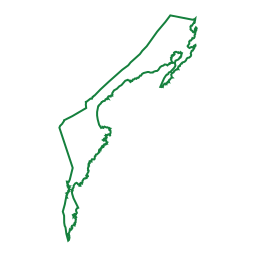 the district of Aurora, Aurora, Philippines
{"feature_id": "2640588B82822310999177", "entity_name": "Aurora", "entity_type": "district", "adm_level": 2, "iso_a3": "PHL", "parent_name": "Philippines", "parent_adm1": "Aurora", "projection": "orthographic", "projection_center": [121.871, 15.753], "detail": "fine", "context": "isolated", "style": "outline", "palette": "green", "viewbox_px": 256, "rotation_deg": 0, "n_neighbors": 0, "source": "geoboundaries", "source_scale": "gbopen_adm2", "svg_char_len": 5698}
<svg xmlns="http://www.w3.org/2000/svg" viewBox="0 0 256 256"><path d="M195.3,18.6L194.8,19.1L192.5,19.7L170.3,15.4L165.4,21.9L157.2,31.6L146.7,46.3L142.3,50.8L139.9,54.1L130.6,62.4L128.3,65.3L122.3,69.7L108.8,81.7L100.4,89.5L94.4,95.7L93.9,95.8L93.0,96.9L92.6,96.9L91.9,98.7L90.5,98.6L86.7,101.6L85.1,102.1L86.1,102.3L85.8,104.6L86.2,108.0L72.2,116.2L64.0,120.3L63.9,121.3L62.8,122.7L62.4,123.6L60.1,125.9L59.4,127.7L72.7,167.9L69.8,179.6L68.8,181.8L66.9,181.6L67.2,183.1L67.6,183.2L67.4,183.6L67.9,184.2L67.6,184.7L68.1,185.1L67.8,185.3L68.3,185.6L67.9,186.3L68.4,186.4L68.3,187.0L69.0,186.8L68.5,187.4L69.1,187.5L68.7,187.8L68.8,188.5L69.2,188.8L69.0,189.3L69.5,189.5L68.8,189.8L68.7,190.5L69.1,191.0L68.2,191.2L68.4,191.8L68.1,192.4L67.1,192.2L67.7,192.5L67.0,192.9L67.2,193.3L66.8,193.4L67.2,193.7L67.2,194.8L67.0,195.1L66.7,194.8L66.3,196.0L67.0,197.6L66.1,197.5L64.8,204.4L62.8,211.6L64.1,215.7L64.2,222.8L64.7,225.8L65.5,227.4L66.4,233.9L68.2,240.6L69.0,239.9L69.5,237.6L69.2,236.8L69.4,236.0L68.8,235.4L68.9,234.9L67.9,234.8L67.7,234.1L68.7,233.7L69.8,230.9L69.7,230.2L70.3,230.0L70.2,229.1L71.4,229.5L72.3,228.1L72.3,227.7L71.5,227.1L72.0,225.8L73.6,225.2L74.3,225.4L74.1,224.5L74.9,224.6L75.2,223.9L74.7,222.8L75.7,222.0L75.5,221.3L75.9,219.5L75.2,218.3L75.8,218.1L76.3,217.3L75.0,215.8L74.3,216.0L73.5,216.9L73.5,215.9L72.9,215.0L74.6,214.0L75.4,214.8L76.0,214.5L76.1,213.7L76.9,212.9L76.1,211.0L76.1,209.8L76.9,208.4L78.2,207.8L73.5,198.2L72.2,194.0L71.9,192.0L72.3,191.4L72.1,190.8L72.5,190.4L72.0,190.0L72.7,189.1L72.6,188.4L73.2,188.1L73.7,187.0L73.6,185.7L75.2,183.5L76.5,182.8L77.5,183.4L78.0,184.3L79.4,184.8L79.4,185.8L80.4,185.8L80.1,184.4L80.6,184.0L80.2,183.4L80.7,182.9L81.7,183.3L81.6,182.9L82.3,182.7L82.5,182.1L82.4,181.1L83.8,178.8L84.8,178.3L85.2,178.5L86.4,178.1L86.7,177.9L86.3,177.4L86.5,176.8L87.9,176.3L87.8,175.9L87.1,175.9L86.4,175.3L87.2,174.6L87.2,173.8L88.5,171.7L88.5,171.2L88.1,170.7L88.5,170.3L88.1,169.8L87.9,168.2L88.5,166.9L88.4,166.1L89.0,165.8L88.6,164.6L88.9,164.6L88.9,163.6L89.4,163.4L89.1,163.0L89.3,162.1L90.3,161.8L90.2,161.5L90.5,161.6L90.5,161.2L91.1,160.8L91.3,160.9L91.2,160.5L92.1,159.2L92.8,159.5L93.7,159.2L94.1,159.4L94.7,158.8L94.8,156.4L95.5,156.1L95.5,155.5L96.0,154.5L96.9,154.4L99.4,152.1L99.5,151.8L98.9,151.6L99.1,150.0L99.3,149.7L100.1,149.9L99.9,149.5L100.4,149.3L100.2,149.1L100.4,148.7L101.5,148.0L101.2,147.8L101.3,147.6L102.2,147.4L102.2,147.0L102.5,147.0L102.0,146.4L102.2,146.0L102.6,145.8L103.4,146.0L103.5,145.6L103.8,145.6L103.7,145.2L104.2,144.3L104.9,144.2L105.5,144.6L106.2,144.2L106.1,143.7L106.9,143.7L106.6,143.1L107.3,142.3L106.7,142.0L106.0,140.9L106.8,140.3L105.7,140.5L105.0,140.2L103.8,140.7L102.9,140.0L104.0,139.3L104.2,139.1L103.9,139.0L103.9,138.9L104.4,138.4L106.2,138.3L106.0,137.7L106.6,137.3L106.1,136.6L106.2,136.2L105.7,135.8L106.3,135.6L106.1,134.9L107.5,135.2L108.3,134.3L109.2,134.4L110.0,135.4L110.2,135.2L109.9,134.0L110.5,133.1L110.6,132.1L110.4,130.3L110.0,130.0L110.2,129.7L109.6,130.1L109.2,129.8L109.3,129.2L110.0,128.6L109.5,128.5L109.6,128.2L109.0,127.8L108.4,127.9L107.4,127.3L106.5,127.5L104.4,126.6L103.3,127.5L103.0,127.3L103.1,127.8L101.8,127.5L101.1,127.9L99.1,124.7L97.7,119.4L97.1,115.5L97.1,112.0L98.2,106.2L98.7,106.0L98.9,105.3L100.8,103.5L101.7,102.0L102.3,101.9L103.0,101.2L104.8,100.8L105.6,99.2L107.0,99.2L107.1,98.5L107.5,98.3L108.2,98.6L107.6,97.6L108.5,96.3L109.4,96.1L109.9,96.5L110.6,96.5L110.6,96.1L111.1,95.7L111.8,95.7L111.6,95.4L112.2,95.3L112.5,94.8L112.2,93.7L112.4,92.9L114.0,90.4L116.9,88.8L119.3,86.3L121.5,85.1L125.2,80.8L127.8,79.8L128.3,80.3L129.3,80.5L130.4,82.0L131.2,81.4L131.2,80.7L132.3,80.9L133.0,79.5L134.0,79.4L135.1,78.4L136.4,78.8L137.3,77.7L138.5,77.8L140.1,75.6L141.1,75.6L142.1,73.9L143.7,73.0L147.6,72.0L148.8,72.0L150.3,72.6L152.9,72.5L153.3,71.9L155.4,71.1L157.2,70.9L158.4,69.8L160.1,67.2L161.6,66.1L163.5,65.5L164.6,64.5L166.1,64.6L167.5,65.3L167.8,64.8L169.7,64.0L170.2,63.5L170.1,63.4L169.0,64.1L169.3,63.4L170.1,63.0L173.2,62.9L173.4,62.8L172.2,62.1L171.6,61.2L171.0,59.2L171.5,58.7L171.0,57.7L171.9,57.0L171.7,56.1L172.3,55.7L172.0,55.3L172.3,55.1L173.0,55.5L173.2,55.0L173.7,55.2L174.5,54.4L174.6,54.2L174.3,54.0L174.0,52.7L175.2,51.9L176.5,51.9L178.0,52.7L178.5,52.4L178.6,52.9L179.0,52.7L180.2,53.1L180.7,52.3L181.3,53.1L181.9,53.2L181.2,55.2L181.3,55.9L180.0,57.2L180.4,57.6L179.2,58.4L178.5,59.4L175.5,60.7L174.9,62.9L175.4,65.6L175.2,66.3L173.9,68.2L171.2,71.0L170.7,71.9L169.1,72.3L168.5,73.0L168.3,73.9L167.2,74.7L166.7,74.6L165.8,75.7L164.1,78.3L160.3,86.9L161.7,87.1L162.1,86.6L162.6,86.8L162.5,86.2L163.1,86.0L163.6,84.8L164.5,83.7L165.5,83.8L165.8,84.2L166.1,83.7L166.5,83.9L166.5,83.1L167.7,82.7L167.7,82.0L168.2,82.0L168.5,81.2L168.9,81.5L168.7,80.7L169.3,79.8L170.1,79.5L170.5,78.6L171.6,77.7L172.3,77.6L171.8,77.2L171.2,74.7L171.9,73.3L173.7,72.3L173.9,71.4L175.8,69.8L177.4,69.4L177.1,69.0L177.7,68.4L178.1,68.6L177.9,68.1L178.5,66.4L179.4,66.3L179.5,65.9L180.0,65.8L180.0,65.1L181.5,63.3L182.0,63.4L182.4,62.5L184.5,61.8L185.9,60.5L186.8,58.5L187.8,57.8L189.1,57.6L190.7,56.3L191.2,54.9L190.7,53.5L191.7,50.8L192.6,50.7L194.3,48.1L194.9,46.2L195.2,46.1L195.3,46.0L195.0,45.6L195.5,45.5L195.4,45.0L193.9,45.9L192.6,47.5L191.3,47.0L189.5,48.0L188.3,47.2L187.6,46.1L189.3,43.7L189.2,41.5L190.1,40.5L190.8,40.6L191.8,39.5L192.4,38.1L193.1,38.5L194.1,38.0L194.7,36.6L194.5,35.3L195.2,34.3L195.2,33.0L196.0,30.4L196.4,30.0L196.3,29.0L196.6,28.4L196.0,28.2L196.2,27.8L195.9,27.4L194.9,29.0L194.5,32.3L193.5,32.4L193.0,32.1L192.3,30.8L191.5,30.5L190.5,29.4L190.7,28.4L190.4,26.6L191.1,25.6L191.8,25.8L193.7,23.0L194.4,23.0L194.8,22.1L194.3,21.3L195.0,20.7L195.3,18.6Z" fill="none" stroke="#15803d" stroke-width="2"/></svg>